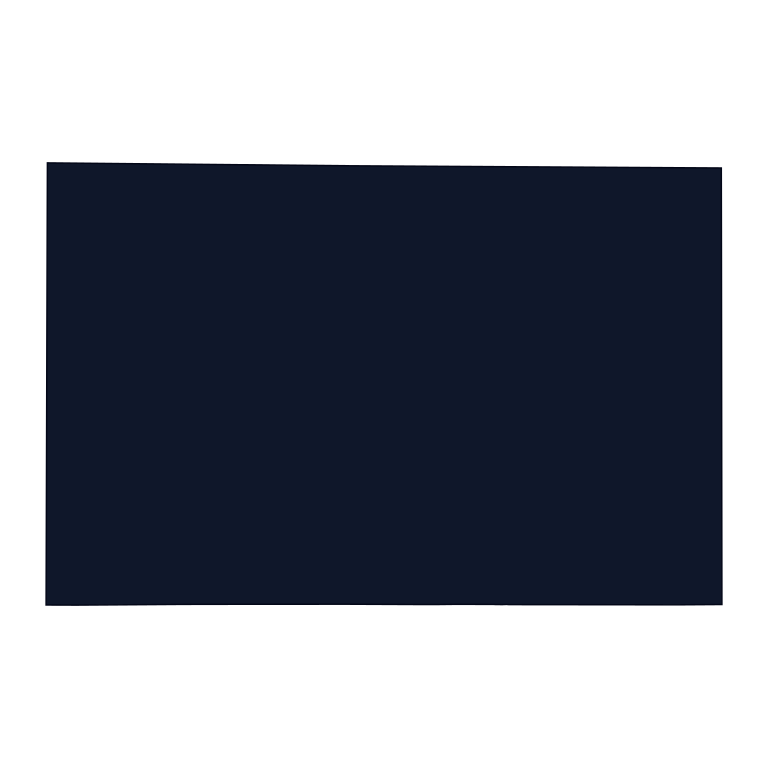 Chautauqua, Kansas, United States of America (Robinson projection)
{"feature_id": "52423323B34946311974500", "entity_name": "Chautauqua", "entity_type": "district", "adm_level": 2, "iso_a3": "USA", "parent_name": "United States of America", "parent_adm1": "Kansas", "projection": "robinson", "projection_center": [-96.23, 37.151], "detail": "fine", "context": "isolated", "style": "filled", "palette": "ink", "viewbox_px": 768, "rotation_deg": 0, "n_neighbors": 0, "source": "geoboundaries", "source_scale": "gbopen_adm2", "svg_char_len": 404}
<svg xmlns="http://www.w3.org/2000/svg" viewBox="0 0 768 768"><path d="M47.4,162.9L46.1,605.0L76.5,605.1L178.7,604.4L204.2,604.3L342.9,604.2L346.1,604.2L416.9,604.5L438.1,604.5L456.4,604.3L456.5,604.3L493.5,604.4L495.4,604.5L498.6,604.5L501.7,604.6L506.5,604.4L508.9,604.6L677.9,604.8L721.9,604.5L721.4,231.3L721.3,168.0L351.0,165.8L47.4,162.9Z" fill="#0f172a" stroke="#020617" stroke-width="1.5"/></svg>